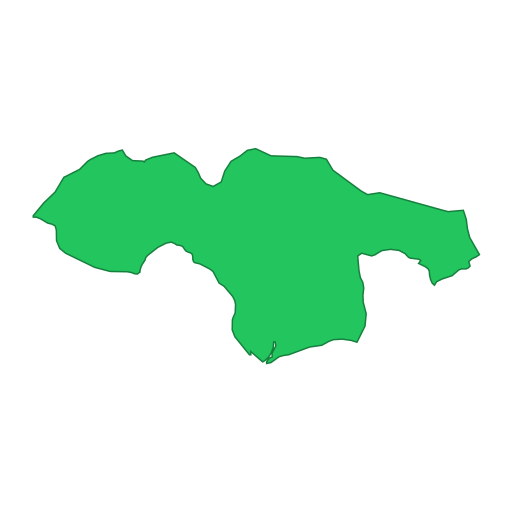 an SVG outline of Samsun, rotated 181°
{"feature_id": "TUR-2296", "entity_name": "Samsun", "entity_type": "Province", "adm_level": 1, "iso_a3": "TUR", "parent_name": "Turkey", "parent_adm1": "", "projection": "robinson", "projection_center": [35.998, 41.292], "detail": "fine", "context": "isolated", "style": "filled", "palette": "green", "viewbox_px": 512, "rotation_deg": 181, "n_neighbors": 0, "source": "natural_earth", "source_scale": "10m", "svg_char_len": 2219}
<svg xmlns="http://www.w3.org/2000/svg" viewBox="0 0 512 512"><g transform="rotate(181 256 256)"><path d="M153.6,171.6L159.5,173.3L168.6,174.4L177.1,173.7L181.3,172.1L188.7,167.9L200.9,165.9L221.7,157.8L226.4,157.1L231.1,155.7L239.2,149.7L243.5,148.7L243.5,150.4L242.6,151.9L241.5,153.3L240.0,154.6L238.0,155.3L238.3,159.0L234.6,166.5L235.3,170.5L236.8,170.5L237.2,164.7L239.1,159.4L241.7,155.1L244.6,152.2L246.7,150.6L247.6,150.3L259.5,160.4L259.5,157.1L260.8,157.1L275.7,174.9L278.5,181.8L278.5,191.7L277.8,194.1L276.1,198.1L275.8,199.2L275.6,207.1L276.4,210.8L278.5,215.0L287.3,225.1L292.4,228.3L298.7,239.8L302.0,242.2L311.9,247.1L317.5,248.4L318.5,249.6L319.1,251.4L319.2,253.9L319.8,256.7L321.5,258.0L323.7,258.6L325.9,259.6L327.0,260.7L329.0,263.6L330.0,264.5L331.9,265.2L335.6,265.7L337.4,267.0L341.0,268.4L346.0,267.3L354.2,263.0L364.6,254.5L366.3,252.3L366.9,249.9L369.7,245.5L370.3,244.0L370.7,243.5L372.0,238.4L371.7,238.0L374.3,235.9L377.0,236.1L380.2,237.3L384.5,238.0L401.5,238.0L417.0,241.8L446.3,255.4L452.4,260.2L455.7,267.8L456.1,278.5L457.3,282.6L460.6,284.3L464.7,285.2L472.3,289.5L476.2,291.0L479.4,291.0L479.4,292.4L469.0,305.5L458.0,316.4L449.5,331.3L433.9,339.5L426.1,347.6L423.2,349.6L415.8,353.5L408.0,356.0L399.5,356.6L395.7,358.4L391.5,359.6L387.9,353.8L381.1,349.2L370.6,348.9L369.4,348.1L368.0,350.0L361.3,352.9L339.6,357.7L318.3,343.5L315.2,338.4L312.7,332.8L307.2,327.2L300.0,324.8L292.1,329.4L288.7,340.4L282.6,350.2L273.6,355.7L266.5,361.5L258.2,363.3L242.7,356.4L216.6,356.1L209.0,354.6L193.9,355.7L187.3,354.0L180.6,343.1L152.0,322.8L145.5,319.3L133.4,321.4L72.1,305.5L64.7,303.7L49.5,305.3L46.4,296.3L45.1,287.1L42.6,278.1L32.6,261.3L35.7,259.1L40.2,256.9L43.2,254.1L41.8,249.7L43.6,247.8L45.6,246.8L50.6,246.6L53.0,245.6L59.5,239.8L69.9,236.1L75.0,233.4L77.1,229.9L79.3,231.9L81.0,235.4L82.1,239.8L82.5,244.0L83.8,246.3L86.8,248.4L93.3,251.4L91.2,254.3L93.0,255.6L102.0,256.6L103.6,257.5L107.0,261.0L113.1,264.1L121.7,265.0L130.2,263.6L136.2,259.9L136.3,259.6L140.3,258.1L150.4,260.6L154.3,257.8L152.8,243.3L151.3,236.3L148.7,231.3L147.7,225.8L148.4,218.7L148.0,211.7L144.8,200.1L145.8,187.8L153.5,171.6L153.6,171.6Z" fill="#22c55e" stroke="#15803d" stroke-width="1.5"/></g></svg>